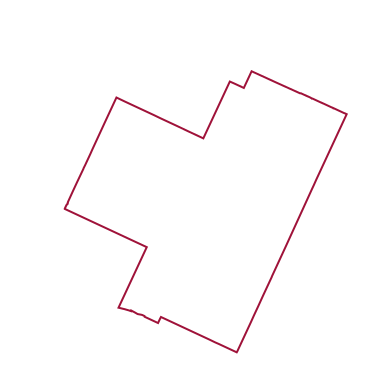 Tatiara, South Australia, Australia (Robinson projection), rotated 25°
{"feature_id": "25037944B1672021896244", "entity_name": "Tatiara", "entity_type": "district", "adm_level": 2, "iso_a3": "AUS", "parent_name": "Australia", "parent_adm1": "South Australia", "projection": "robinson", "projection_center": [140.706, -36.222], "detail": "fine", "context": "isolated", "style": "outline", "palette": "rose", "viewbox_px": 384, "rotation_deg": 25, "n_neighbors": 0, "source": "geoboundaries", "source_scale": "gbopen_adm2", "svg_char_len": 3922}
<svg xmlns="http://www.w3.org/2000/svg" viewBox="0 0 384 384"><g transform="rotate(25 192 192)"><path d="M299.3,56.1L299.2,56.1L298.7,56.1L298.4,56.1L298.0,56.1L297.9,56.1L297.7,56.1L297.2,56.1L296.6,56.2L296.4,56.2L296.0,56.2L295.8,56.2L295.7,56.2L295.4,56.2L295.2,56.2L294.8,56.2L294.4,56.2L294.2,56.2L293.9,56.2L293.7,56.2L293.4,56.2L293.1,56.2L292.9,56.2L292.7,56.2L292.3,56.2L291.6,56.2L291.1,56.2L290.9,56.2L290.7,56.2L290.4,56.2L290.2,56.2L289.9,56.2L289.7,56.2L289.4,56.2L289.2,56.2L288.8,56.2L288.6,56.2L288.3,56.2L288.2,56.2L287.9,56.2L287.7,56.2L287.4,56.2L287.0,56.2L286.8,56.2L286.6,56.2L286.1,56.2L285.7,56.2L285.3,56.2L285.0,56.2L284.8,56.2L284.6,56.2L284.4,56.2L284.2,56.2L284.2,56.3L283.9,56.2L283.7,56.2L283.4,56.2L283.0,56.3L282.9,56.3L282.7,56.3L282.3,56.3L282.2,56.3L281.9,56.3L281.7,56.3L281.3,56.3L281.2,56.3L280.6,56.3L280.3,56.3L280.2,56.3L279.7,56.3L279.4,56.3L279.0,56.3L278.8,56.3L278.7,56.3L278.4,56.3L278.1,56.3L277.9,56.3L277.7,56.3L277.4,56.3L277.2,56.3L276.9,56.3L276.4,56.3L276.0,56.3L275.9,56.3L275.4,56.3L274.9,56.3L274.5,56.3L274.2,56.3L273.8,56.3L273.7,56.3L273.3,56.3L272.9,56.4L272.6,56.3L272.4,56.3L272.2,56.3L271.9,56.4L271.6,56.4L271.4,56.4L271.2,56.4L270.9,56.3L270.7,56.4L270.3,56.4L270.2,56.4L269.9,56.4L269.7,56.4L269.1,56.4L268.7,56.4L268.4,56.4L268.2,56.4L267.9,56.4L267.7,56.4L267.4,56.4L267.1,56.4L266.9,56.4L266.6,56.4L266.4,56.4L266.1,56.4L265.5,56.4L265.4,56.4L265.1,56.4L264.8,56.4L264.5,56.4L264.3,56.4L264.2,56.4L263.9,56.4L263.5,56.4L263.3,56.4L262.9,56.4L262.7,56.4L262.4,56.4L262.0,56.4L261.9,56.4L261.7,56.4L261.4,56.5L261.2,56.7L260.7,56.5L260.4,56.5L260.2,56.5L259.9,56.5L259.6,56.4L259.4,56.4L259.2,56.4L258.9,56.4L258.7,56.4L258.4,56.4L258.2,56.4L257.8,56.4L257.5,56.4L257.1,56.4L256.9,56.4L256.6,56.4L256.4,56.5L256.1,56.5L255.7,56.4L255.4,56.5L255.2,56.5L254.9,56.5L254.7,56.4L254.3,56.5L254.1,56.4L253.7,56.4L253.4,56.5L253.0,56.5L252.7,56.5L252.4,56.5L252.2,56.5L251.9,56.5L251.7,56.5L251.4,56.5L251.2,56.5L250.8,56.5L250.7,56.5L250.2,56.5L249.8,56.5L249.4,56.5L249.0,56.5L248.8,56.6L248.5,56.7L248.3,56.9L221.9,57.2L195.0,57.4L195.0,75.8L185.0,75.8L184.9,75.8L179.6,75.9L179.6,107.7L179.6,138.6L174.3,138.6L163.8,138.6L150.9,138.5L146.9,138.5L141.3,138.5L141.1,138.5L140.8,138.5L134.3,138.5L132.2,138.5L125.1,138.4L117.5,138.4L111.8,138.4L107.1,138.4L98.7,138.4L93.1,138.4L83.6,138.3L83.6,154.4L83.6,157.4L83.6,167.1L83.7,194.9L83.8,200.9L83.8,213.1L83.7,216.1L83.8,217.1L83.7,231.4L83.7,241.1L83.8,253.8L84.0,254.0L84.1,254.4L84.0,254.6L84.0,254.9L84.2,255.0L84.3,255.2L84.3,255.3L84.0,255.6L84.0,255.8L84.1,256.0L83.9,256.4L83.7,256.9L83.7,257.1L83.7,257.3L83.8,257.5L83.8,257.8L83.7,258.0L83.7,259.0L83.8,259.3L83.8,259.5L83.7,259.6L83.7,260.9L83.8,261.1L85.3,261.1L92.9,261.1L99.4,261.1L103.5,261.1L111.3,261.1L111.7,261.1L113.1,261.1L115.6,261.1L122.7,261.1L126.2,261.1L132.2,261.1L135.8,261.1L142.1,261.1L144.2,261.1L153.6,261.1L158.1,261.1L158.7,261.1L159.1,261.1L159.6,261.1L160.0,261.1L160.7,261.1L160.8,261.1L167.1,261.1L174.3,261.1L174.3,281.8L174.3,282.2L174.3,282.3L174.3,282.5L174.3,287.1L174.3,288.2L174.3,305.2L174.3,315.4L174.3,315.5L174.3,319.4L174.3,324.7L174.3,326.0L174.3,327.9L180.3,326.7L180.8,326.6L182.2,326.4L186.6,325.7L186.6,325.8L187.3,325.7L187.1,325.1L190.8,325.3L194.3,325.6L197.8,324.7L198.8,324.5L201.4,324.5L201.8,325.1L208.9,325.1L216.6,325.1L216.6,323.6L216.6,320.4L216.7,318.4L220.0,318.4L223.2,318.4L232.4,318.4L232.6,318.4L235.3,318.4L240.5,318.4L246.0,318.4L250.8,318.4L256.8,318.4L258.9,318.4L263.1,318.4L266.9,318.4L270.2,318.4L276.4,318.5L280.9,318.4L281.1,318.4L282.7,318.4L288.4,318.4L288.5,318.4L293.1,318.4L296.8,318.4L297.1,318.4L300.3,318.4L300.4,317.3L300.4,285.1L300.3,277.9L300.3,270.9L300.3,267.0L300.2,256.3L300.2,237.0L300.2,235.2L300.1,234.9L300.1,233.2L300.0,201.9L299.5,138.8L299.5,134.2L299.4,128.0L299.4,118.5L299.3,57.9L299.3,56.1Z" fill="none" stroke="#9f1239" stroke-width="2"/></g></svg>